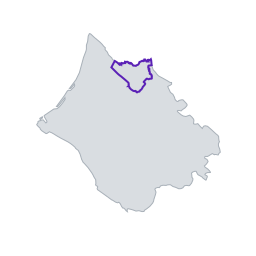 Ivory Coast, with Cavally highlighted, rotated 133°
{"feature_id": "CIV-3459", "entity_name": "Cavally", "entity_type": "Department", "adm_level": 1, "iso_a3": "CIV", "parent_name": "Ivory Coast", "parent_adm1": "", "projection": "equal_earth", "projection_center": [-7.856, 6.298], "detail": "fine", "context": "in_parent", "style": "outline", "palette": "violet", "viewbox_px": 256, "rotation_deg": 133, "n_neighbors": 0, "source": "natural_earth", "source_scale": "10m", "svg_char_len": 6191}
<svg xmlns="http://www.w3.org/2000/svg" viewBox="0 0 256 256"><g transform="rotate(133 128 128)"><path d="M75.7,51.7L76.3,51.7L78.0,51.0L79.5,49.5L80.9,46.5L82.8,44.0L84.9,44.2L85.5,43.8L86.3,43.7L87.2,45.3L88.1,46.5L88.7,46.6L89.2,48.9L93.0,49.9L94.7,50.5L96.1,52.2L96.6,52.2L97.2,51.9L97.7,51.3L97.7,50.6L97.1,49.1L97.4,47.7L98.0,46.5L99.0,46.4L100.5,46.1L102.3,46.1L103.6,46.3L104.1,45.0L103.6,41.6L103.7,39.7L103.9,38.1L104.4,37.4L106.3,39.4L108.1,40.2L109.3,40.2L109.7,39.8L109.1,37.6L109.3,37.0L109.8,36.6L110.6,36.3L112.8,35.4L113.1,35.6L113.5,39.1L113.3,40.2L113.8,42.6L114.4,44.8L114.3,45.7L113.8,47.1L113.3,48.3L113.3,48.8L114.2,49.7L116.0,50.6L117.7,50.8L118.7,49.5L119.7,48.4L120.5,47.5L120.7,46.1L121.8,45.1L125.0,43.9L128.0,43.7L128.7,44.1L130.0,46.0L131.7,47.3L134.3,47.1L136.2,47.9L137.8,49.4L138.9,52.7L140.1,55.1L140.6,58.4L142.5,60.2L144.0,61.0L146.0,63.4L148.1,64.7L150.2,64.4L151.2,65.7L152.8,66.6L154.4,66.7L155.8,63.8L157.6,62.7L162.3,60.5L164.1,59.4L166.0,58.8L170.5,58.6L174.7,59.3L176.8,59.8L178.2,59.4L179.6,60.8L181.0,63.6L182.1,64.5L183.3,65.5L184.2,67.7L185.2,69.9L185.8,70.9L187.0,73.0L188.1,73.1L189.2,72.1L189.6,71.4L189.8,72.9L189.4,75.2L189.5,76.6L190.1,77.2L189.8,79.0L188.6,82.2L188.6,84.1L189.8,84.6L190.7,86.6L191.3,90.0L191.8,91.2L191.8,91.9L192.8,100.1L193.9,108.3L193.2,109.4L192.3,109.7L191.6,110.1L191.5,110.9L191.9,112.0L191.6,113.0L190.4,113.7L187.8,116.4L187.6,117.4L187.0,119.6L186.4,121.0L185.6,123.5L184.2,130.2L183.7,135.8L183.7,137.5L183.2,138.7L182.6,140.4L179.8,145.2L178.3,149.1L178.5,150.7L178.6,152.4L178.2,153.7L178.3,157.0L178.6,159.7L179.1,162.4L181.2,170.0L182.3,174.7L183.0,178.4L183.6,180.9L184.1,182.0L184.3,182.9L187.4,183.6L188.0,184.2L188.8,189.1L188.7,191.3L188.1,192.1L188.1,194.0L188.0,196.3L187.6,197.2L185.8,197.3L184.7,198.2L183.2,197.8L183.0,197.3L182.2,197.1L179.9,195.7L180.3,191.5L179.2,191.3L178.4,191.9L176.8,197.0L176.1,197.8L164.7,195.2L162.3,193.1L159.3,192.6L154.2,192.9L150.0,193.5L148.8,194.8L159.4,194.0L160.6,194.2L161.1,195.0L147.6,196.6L142.5,197.6L141.0,197.4L139.8,195.7L134.2,195.5L133.1,196.1L132.4,197.3L134.6,197.0L138.1,196.9L139.0,197.8L128.1,199.0L120.6,201.3L117.4,203.0L106.8,208.6L100.4,211.2L98.7,212.2L95.8,214.9L92.1,216.6L87.9,219.8L85.3,220.6L84.7,219.5L84.7,214.1L84.3,206.9L84.4,204.1L84.8,201.5L84.8,199.3L86.1,198.5L86.4,197.6L86.6,194.8L87.8,192.2L87.8,187.7L88.2,186.8L88.4,185.6L87.9,182.7L87.2,177.2L86.9,176.8L86.6,177.0L86.0,177.1L83.3,175.2L81.3,174.9L79.9,173.3L79.8,171.4L79.1,170.3L78.6,168.2L77.9,165.7L75.9,164.2L74.0,163.9L72.6,164.2L71.1,164.1L69.3,163.3L68.0,162.3L66.8,160.5L65.7,159.1L64.9,159.3L63.8,158.9L62.8,158.3L62.4,157.8L66.8,152.0L68.3,149.2L68.4,147.5L68.5,145.8L68.9,144.0L69.1,141.3L66.6,131.5L66.0,128.4L65.4,127.6L65.0,127.2L66.2,126.0L67.9,126.3L70.5,127.3L71.0,126.3L73.0,121.3L72.9,119.5L72.7,118.2L73.9,114.8L74.8,113.5L75.2,112.1L75.1,110.2L74.4,109.5L73.5,109.6L72.4,109.1L70.8,108.0L69.9,107.0L70.2,102.6L70.4,101.2L70.9,100.4L71.8,100.1L74.4,100.0L76.5,100.5L78.3,100.8L79.3,100.8L80.0,102.1L81.1,103.5L82.0,103.5L82.3,102.5L82.1,98.1L81.5,95.7L80.1,93.5L76.5,91.6L76.4,88.9L76.8,86.0L77.6,84.9L80.2,83.0L79.8,82.0L78.9,81.0L77.2,79.9L77.6,76.4L77.7,73.3L76.3,73.7L74.8,73.8L73.6,72.9L72.5,71.0L72.3,65.8L72.3,59.8L72.1,57.2L72.5,55.8L73.8,54.5L75.2,52.8L75.7,51.7ZM181.7,197.9L181.1,199.1L178.2,198.3L178.9,197.4L181.7,197.9Z" fill="#d9dde1" stroke="#a8b0b8" stroke-width="1"/><path d="M63.6,156.2L63.9,155.8L65.5,154.1L65.9,153.5L66.1,153.6L68.2,155.4L68.4,155.5L68.5,155.5L68.8,155.3L69.0,155.1L69.4,155.0L69.9,154.4L70.1,154.3L70.1,154.1L70.0,153.9L70.1,153.7L70.1,153.3L70.1,153.1L70.3,153.1L70.5,153.0L70.8,153.0L70.8,152.9L70.8,152.7L70.7,152.3L70.7,152.2L71.2,151.7L71.3,151.6L71.4,151.9L71.4,152.0L71.5,152.0L71.7,151.9L71.9,151.7L72.0,151.4L72.1,150.8L72.1,150.5L72.1,150.4L72.4,150.1L72.5,149.9L72.9,149.6L73.1,149.4L73.4,149.2L73.5,149.1L73.5,148.9L73.3,148.2L73.2,148.1L73.0,147.8L73.1,147.7L73.3,147.2L73.4,146.8L73.3,146.6L73.5,146.4L73.7,146.1L73.8,145.9L74.1,145.9L74.3,145.7L75.2,144.6L75.7,144.4L76.2,144.7L76.3,144.8L76.5,145.0L77.0,145.5L77.3,145.8L77.6,145.8L78.1,146.0L78.3,146.2L78.4,146.3L78.5,146.6L78.8,147.5L79.1,147.9L79.4,148.0L79.7,148.0L83.3,148.0L83.6,147.9L83.7,146.4L83.7,146.2L84.0,145.5L85.4,145.2L87.7,145.2L87.9,145.2L88.5,144.9L90.5,144.5L90.8,144.5L91.0,144.5L91.7,144.8L93.4,144.5L93.6,144.5L94.2,145.1L94.5,145.3L95.5,145.5L96.0,146.1L96.0,146.4L95.9,146.6L95.8,146.8L95.7,147.1L95.7,147.3L95.7,147.5L95.8,147.8L95.9,148.0L96.0,148.1L96.5,148.4L96.7,148.5L96.8,148.7L97.1,149.2L97.2,149.4L97.3,149.8L97.7,152.3L97.7,152.6L97.6,152.9L97.5,153.3L97.6,154.1L96.9,155.5L96.8,156.0L97.1,156.3L96.9,156.3L96.4,156.5L95.9,156.8L95.6,157.5L95.4,157.6L95.2,157.7L95.1,157.8L94.9,158.0L94.7,158.3L94.6,159.2L94.7,163.0L95.0,168.7L95.2,170.0L95.3,172.6L95.0,181.5L88.4,183.3L88.0,183.4L87.8,182.6L87.4,180.3L87.4,179.3L87.5,178.0L87.4,177.0L86.7,176.6L86.7,177.5L86.5,178.0L86.4,178.2L86.2,178.0L86.1,177.6L85.9,177.2L85.6,177.1L85.7,176.6L85.2,177.0L84.8,177.1L84.5,176.6L84.4,176.4L84.5,176.1L84.4,175.9L84.0,175.6L83.9,175.6L83.5,175.3L83.4,175.2L83.1,175.1L82.7,174.8L82.5,174.4L82.4,174.3L82.1,174.6L81.9,175.2L81.6,175.4L81.2,174.7L80.9,174.4L80.1,173.8L79.8,173.3L79.8,173.1L79.8,172.2L80.0,172.0L80.1,171.8L80.0,171.6L79.9,171.5L79.7,171.4L79.7,170.7L79.4,170.2L79.2,170.2L78.9,170.3L78.7,170.4L78.7,170.6L78.4,170.2L78.4,169.6L78.4,168.9L78.5,168.3L78.8,167.2L78.8,166.8L78.4,166.2L77.5,165.2L77.4,165.1L77.3,164.7L77.2,164.6L76.9,164.6L75.5,164.2L75.1,163.9L74.7,163.8L74.2,163.8L73.2,164.0L72.9,164.1L72.4,164.5L72.1,164.6L71.8,164.6L71.6,164.5L71.4,164.3L71.2,164.2L69.3,163.5L69.1,163.4L69.0,163.1L69.0,162.9L68.9,162.6L68.7,162.6L68.3,162.5L68.1,162.2L67.8,162.0L67.5,162.4L67.3,162.2L67.1,162.2L66.8,162.3L66.6,162.6L66.3,162.3L66.4,162.1L66.6,162.0L66.7,161.7L66.4,161.0L66.4,160.7L66.5,160.2L66.7,159.8L66.4,159.4L65.7,158.9L65.5,158.5L65.4,158.4L65.3,158.6L65.2,159.1L65.0,159.7L64.7,160.0L64.3,159.8L63.7,158.7L63.4,158.4L63.2,158.3L62.7,158.3L62.5,158.2L62.1,158.2L62.6,157.3L62.7,157.2L63.0,157.2L63.2,156.6L63.6,156.2L63.6,156.2Z" fill="none" stroke="#5b21b6" stroke-width="2"/></g></svg>